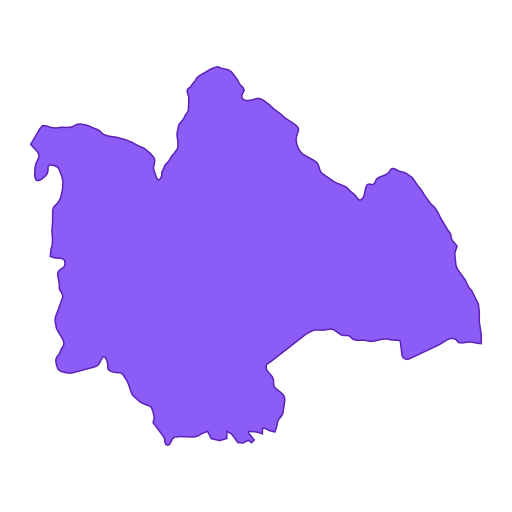 an SVG outline of Kalasin
{"feature_id": "THA-439", "entity_name": "Kalasin", "entity_type": "Province", "adm_level": 1, "iso_a3": "THA", "parent_name": "Thailand", "parent_adm1": "", "projection": "albers", "projection_center": [103.592, 16.645], "detail": "fine", "context": "isolated", "style": "filled", "palette": "violet", "viewbox_px": 512, "rotation_deg": 0, "n_neighbors": 0, "source": "natural_earth", "source_scale": "10m", "svg_char_len": 5555}
<svg xmlns="http://www.w3.org/2000/svg" viewBox="0 0 512 512"><path d="M37.8,180.6L36.4,180.4L35.4,178.6L34.7,175.7L34.9,168.9L35.4,165.5L36.2,163.1L38.6,157.9L39.0,156.7L39.1,155.8L37.7,152.1L30.7,144.4L39.7,129.0L42.4,125.7L43.3,125.6L44.6,125.7L46.6,126.0L50.9,127.4L54.3,127.9L56.4,128.0L61.3,127.3L63.3,127.2L65.3,127.5L67.9,127.4L72.1,126.9L75.6,125.0L77.8,124.2L80.1,124.0L85.5,124.9L89.3,126.1L92.1,127.5L96.7,129.2L98.5,130.1L99.9,131.1L101.8,132.8L102.6,133.9L105.0,135.0L108.6,136.1L117.2,137.4L125.2,139.6L132.4,142.5L138.6,146.0L142.6,147.6L144.7,148.7L150.3,153.3L153.7,157.4L154.4,158.6L154.7,160.1L154.5,163.0L153.6,166.5L153.5,168.1L153.8,169.7L156.2,176.8L156.9,178.4L158.1,180.0L159.0,180.0L159.7,179.4L161.0,177.4L161.6,176.3L161.8,175.1L161.7,172.5L162.1,171.4L163.2,169.6L164.8,165.7L165.4,164.7L166.1,163.8L168.6,161.4L169.9,159.3L171.7,156.1L172.4,155.2L174.2,153.6L175.6,151.2L176.7,149.9L177.4,148.6L177.8,147.3L178.0,145.8L177.8,141.1L177.0,135.3L177.2,132.4L178.6,125.5L179.1,124.3L179.8,123.3L183.6,118.9L185.2,115.3L187.3,112.5L187.9,111.4L188.3,110.2L188.5,108.6L188.8,97.6L188.6,96.2L187.3,92.5L187.1,91.2L187.3,89.9L187.9,88.9L188.8,88.1L189.8,87.4L190.7,86.7L191.4,85.7L192.0,84.6L195.0,81.0L196.3,78.9L196.9,77.7L199.1,75.9L211.0,68.9L215.0,67.4L217.7,66.7L221.2,68.2L227.9,69.7L230.1,70.9L231.1,71.6L231.9,72.4L237.0,79.1L239.3,83.5L240.7,85.4L243.2,87.8L244.2,90.2L243.1,92.6L242.4,94.0L241.9,95.5L241.8,97.0L242.2,98.3L243.1,99.4L244.6,100.1L246.6,100.6L250.0,100.4L253.8,99.5L255.1,98.9L258.2,98.3L260.8,99.0L263.9,100.6L269.5,104.9L272.9,108.1L273.1,108.3L273.3,108.6L281.1,114.3L284.5,117.6L294.9,124.4L297.1,126.5L298.4,128.4L298.5,130.0L298.2,131.5L296.7,135.7L296.1,138.6L296.2,140.3L296.7,143.5L297.0,144.9L298.1,147.7L299.4,150.2L301.9,153.3L303.0,154.3L313.4,160.1L315.7,161.6L317.2,163.0L318.5,165.5L319.8,169.8L320.4,171.1L321.1,172.3L321.9,173.3L334.4,181.9L336.0,182.8L345.2,186.5L346.3,187.2L347.4,188.1L350.2,191.1L353.4,193.6L355.3,195.4L356.8,197.6L358.7,199.7L359.9,200.0L361.4,199.6L363.5,196.9L364.2,194.8L365.7,188.0L366.8,185.2L367.9,184.4L369.4,184.0L371.7,184.6L373.3,184.4L374.6,183.1L376.6,178.9L378.1,177.9L380.2,176.8L384.1,175.4L386.3,174.3L387.8,173.3L388.8,172.3L391.2,169.0L392.5,168.5L394.8,168.8L398.8,171.0L403.7,172.3L406.3,173.4L412.4,177.7L418.1,186.1L420.7,189.2L422.5,191.8L424.3,195.0L430.7,203.8L432.6,205.6L433.6,206.4L434.5,207.3L436.0,209.3L437.7,212.1L440.7,218.2L447.9,230.2L449.8,232.7L450.9,234.9L451.2,237.8L452.1,240.2L454.7,243.3L456.2,244.9L457.0,246.5L455.0,252.3L454.8,253.9L455.9,264.8L456.5,267.0L457.6,269.3L465.3,280.1L468.3,286.4L469.0,287.6L471.7,290.6L478.4,304.2L479.3,311.8L479.3,321.9L481.3,334.9L481.2,343.7L474.8,342.8L471.8,342.0L467.5,342.1L462.7,342.9L460.1,342.8L458.3,342.4L456.4,340.1L455.5,339.3L454.3,338.8L452.7,338.5L451.1,338.5L449.4,338.8L447.5,339.6L439.2,344.7L409.2,358.9L407.5,359.4L404.3,358.6L403.0,357.4L402.1,355.9L400.3,341.4L400.1,340.9L399.6,340.5L390.3,339.8L387.3,338.9L384.8,338.9L381.5,339.3L374.9,341.0L371.7,341.3L369.2,341.2L366.2,340.5L363.6,340.2L357.3,340.3L355.6,340.1L354.1,339.7L352.8,339.2L351.8,338.3L350.9,337.3L349.9,336.4L348.7,335.7L347.1,335.5L343.8,335.5L342.2,335.2L340.8,334.7L339.6,333.9L334.1,329.9L332.7,329.4L331.2,329.1L327.9,329.4L324.7,330.0L323.1,330.2L316.2,329.9L313.9,330.2L311.1,331.4L306.3,333.9L270.7,361.7L268.5,363.1L267.3,364.0L266.3,365.4L266.2,367.8L266.5,369.4L267.3,370.8L269.8,373.9L270.7,374.8L272.4,376.9L272.9,378.2L273.4,379.7L273.6,381.3L273.6,382.9L273.7,384.4L274.0,385.9L274.6,387.2L275.4,388.2L281.8,393.3L283.4,395.0L283.8,395.6L284.2,396.6L284.6,397.8L284.7,401.1L282.9,413.0L282.4,414.4L281.7,415.6L281.0,416.7L278.4,419.8L278.2,420.1L277.7,421.6L276.4,427.7L274.8,432.0L269.3,430.6L265.1,428.3L262.4,428.3L262.4,433.9L259.1,432.6L255.8,431.9L248.8,431.4L248.8,433.9L250.5,435.1L252.3,437.8L254.2,439.9L251.5,442.7L248.5,440.3L246.1,441.3L243.0,443.0L238.1,442.7L236.5,440.9L234.4,437.6L231.4,433.9L226.9,431.4L226.8,438.5L219.6,440.6L211.2,438.6L207.6,431.4L203.8,432.7L197.9,435.9L194.6,436.8L194.0,437.0L180.1,436.6L174.9,437.0L172.6,438.7L169.8,444.1L167.9,445.3L165.7,444.3L164.9,442.0L164.7,439.3L163.8,437.0L153.1,422.6L154.3,417.6L153.3,412.9L152.6,410.6L151.3,407.4L149.7,406.1L144.6,404.2L140.1,402.0L132.9,395.5L131.7,393.6L128.5,384.3L127.3,381.5L124.3,376.6L122.7,374.4L121.3,373.1L120.2,372.8L116.6,372.6L114.3,372.2L110.7,371.2L108.9,370.1L108.0,368.7L107.7,367.1L107.8,365.5L107.5,363.2L107.0,360.9L105.4,357.5L104.0,356.7L102.9,357.0L102.1,358.1L100.0,362.1L98.6,364.4L97.7,365.4L96.5,366.1L95.3,366.7L71.9,373.0L69.5,373.1L66.6,372.8L61.2,371.5L59.1,370.3L57.8,368.8L56.7,365.6L55.8,361.3L55.9,359.7L56.2,358.3L56.8,357.1L59.4,353.7L61.6,348.4L63.3,346.1L63.7,344.6L63.9,342.9L63.3,340.6L61.9,337.8L57.4,330.3L56.4,328.1L55.2,321.7L55.1,320.0L55.2,318.4L55.7,316.3L62.3,298.5L62.7,297.0L62.6,295.1L61.7,293.1L59.7,289.7L59.3,288.1L59.3,284.7L59.0,281.6L57.7,275.4L57.7,273.9L57.9,272.4L58.6,271.3L59.4,270.3L60.4,269.5L63.9,267.1L64.6,265.6L65.0,263.8L64.6,260.5L63.3,259.2L61.7,258.5L54.5,257.8L50.2,256.4L51.0,249.4L51.4,247.8L52.1,245.9L52.4,243.1L52.5,239.1L51.9,230.5L52.4,223.9L52.6,222.4L52.7,210.3L53.4,207.9L54.3,206.3L56.3,204.4L58.1,202.4L59.5,200.0L60.8,197.2L62.5,189.3L63.0,182.2L62.0,176.8L59.0,169.2L57.4,167.0L53.9,165.5L51.5,165.0L49.5,165.2L48.4,165.8L48.1,167.1L48.0,170.3L47.7,171.8L47.3,173.3L46.6,174.5L45.8,175.6L43.8,177.4L41.7,179.1L40.6,179.8L39.2,180.4L37.8,180.6Z" fill="#8b5cf6" stroke="#5b21b6" stroke-width="1.5"/></svg>